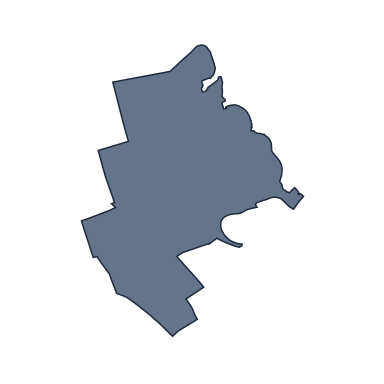 Comuna 13, Ciudad de Buenos Aires, Argentina, rotated 17°
{"feature_id": "61730980B46645672865610", "entity_name": "Comuna 13", "entity_type": "district", "adm_level": 2, "iso_a3": "ARG", "parent_name": "Argentina", "parent_adm1": "Ciudad de Buenos Aires", "projection": "mercator", "projection_center": [-58.447, -34.555], "detail": "fine", "context": "isolated", "style": "filled", "palette": "slate", "viewbox_px": 384, "rotation_deg": 17, "n_neighbors": 0, "source": "geoboundaries", "source_scale": "gbopen_adm2", "svg_char_len": 5962}
<svg xmlns="http://www.w3.org/2000/svg" viewBox="0 0 384 384"><g transform="rotate(17 192 192)"><path d="M84.1,110.1L88.2,116.7L100.0,136.1L102.3,139.9L107.0,147.5L109.0,150.8L112.4,156.1L113.6,157.9L114.3,159.1L114.8,159.7L116.2,161.8L116.3,162.1L115.6,162.8L111.7,165.3L93.8,177.3L90.2,179.7L97.3,191.0L101.0,196.8L105.1,203.1L110.2,210.1L113.2,214.1L121.1,224.8L118.4,226.7L121.7,228.4L123.4,229.3L119.0,233.2L118.6,233.6L106.0,243.5L103.0,245.8L98.7,249.1L94.7,251.9L97.1,255.5L107.0,269.6L116.8,283.6L119.8,281.5L125.3,285.8L129.7,289.1L136.5,294.3L137.2,294.8L140.6,299.5L148.2,309.2L149.6,311.0L150.1,311.0L160.0,311.7L169.7,314.9L188.0,322.0L194.0,324.9L195.7,325.6L199.5,327.3L215.5,335.7L218.3,331.0L219.7,328.7L234.3,312.2L230.4,308.4L226.5,303.5L222.7,300.1L217.5,296.1L224.0,288.1L227.0,284.5L231.0,279.6L224.9,275.5L221.7,273.5L218.9,271.7L218.1,271.3L206.1,264.1L204.7,263.2L198.0,259.1L196.3,258.0L201.3,252.2L208.7,246.9L218.8,239.6L223.1,236.5L223.5,236.9L225.8,233.6L228.5,230.1L229.2,229.0L231.9,229.5L235.9,230.1L240.6,230.7L245.3,231.0L249.0,231.2L251.5,231.1L253.3,231.0L255.2,229.1L255.5,228.8L255.1,227.2L254.8,227.3L254.4,227.4L253.8,227.5L253.3,227.5L252.9,227.6L252.6,227.7L252.2,227.7L251.8,227.8L251.5,227.8L251.0,227.8L250.7,227.9L250.3,227.9L249.9,227.9L249.5,227.9L249.3,227.9L248.9,227.9L248.5,227.9L248.2,227.9L247.9,227.9L247.5,227.9L247.1,227.8L246.5,227.8L246.2,227.7L245.7,227.7L245.4,227.7L243.9,227.4L242.5,227.1L241.4,226.7L240.4,226.3L239.6,225.9L238.6,225.4L237.2,224.7L236.3,224.1L235.3,223.4L234.5,222.7L233.4,221.6L232.7,221.0L232.0,220.3L231.3,219.6L230.5,218.5L230.1,217.7L229.8,217.0L229.4,215.9L229.0,214.7L228.8,213.9L228.6,213.3L228.5,212.9L228.3,212.1L228.3,211.8L228.5,210.9L228.8,209.5L229.2,208.4L229.6,207.5L230.2,206.6L231.2,205.5L232.2,204.5L233.4,203.5L234.8,202.6L236.0,201.9L237.6,201.1L239.0,200.4L241.0,199.7L242.5,199.2L243.7,198.6L244.5,198.0L245.2,197.5L246.2,196.6L247.1,195.6L247.9,194.7L248.5,194.1L249.8,192.9L250.8,192.1L252.0,191.4L253.0,190.7L253.6,190.4L254.2,190.0L258.7,187.5L256.4,185.7L256.5,184.2L257.4,182.9L266.1,176.9L268.1,175.1L268.8,174.6L271.7,173.1L273.1,172.7L276.8,172.2L278.4,172.3L279.4,172.6L280.9,173.3L282.2,173.9L288.8,177.4L289.4,177.7L294.1,178.8L296.8,170.6L299.9,163.6L297.6,162.4L295.8,162.0L295.1,163.2L294.7,163.1L294.1,162.9L294.1,162.5L294.2,162.2L294.3,161.6L294.3,161.4L294.0,161.1L292.0,159.6L289.9,158.2L289.2,158.1L288.9,157.9L288.6,158.2L288.5,158.5L287.6,159.9L287.4,160.3L287.2,160.4L285.6,164.4L283.9,163.9L282.3,164.3L281.3,163.2L279.7,163.3L277.3,161.7L275.8,158.6L272.8,156.5L272.7,153.0L272.7,151.8L272.8,150.2L272.7,149.3L272.5,148.3L272.4,147.5L272.2,146.9L272.1,146.3L271.7,144.6L271.0,142.9L270.6,141.8L270.0,140.9L269.6,140.0L269.2,139.5L267.6,137.8L266.6,136.7L265.9,136.2L264.6,135.2L263.3,134.3L261.4,133.1L260.0,132.3L259.2,131.8L258.4,131.2L257.5,130.6L256.6,129.7L256.1,129.0L255.8,128.4L255.6,127.9L255.4,127.2L255.1,126.2L254.8,125.4L254.4,124.4L254.1,123.4L253.6,122.5L253.1,121.6L252.7,121.1L250.5,118.9L249.3,118.1L248.2,117.5L247.1,117.1L246.1,116.7L245.2,116.5L244.8,116.3L244.3,115.8L244.1,115.6L243.7,115.8L243.4,116.2L243.1,116.2L242.0,116.0L240.8,116.1L239.4,116.2L238.2,116.6L237.5,116.9L236.7,116.8L236.3,116.6L236.0,116.5L235.2,116.5L234.4,116.3L233.7,115.7L233.3,115.5L232.9,115.5L232.5,115.6L232.5,115.8L232.3,116.1L230.7,116.1L230.4,116.0L230.2,115.7L230.3,115.3L230.4,113.7L230.5,113.1L230.4,112.4L229.9,112.3L229.6,112.3L229.6,111.6L229.7,111.1L229.7,110.7L229.7,110.0L229.3,109.4L228.7,108.9L228.4,108.6L228.0,108.1L227.7,106.8L227.5,106.3L227.2,106.0L226.7,106.0L226.4,105.5L226.1,104.7L225.7,104.0L225.2,103.3L224.7,102.8L224.1,102.3L222.9,101.0L222.3,100.4L221.5,99.6L220.9,99.2L219.4,98.5L219.0,98.1L217.8,97.5L217.0,97.2L216.5,97.1L215.4,96.8L214.8,96.7L214.0,96.6L213.0,96.4L212.2,96.2L211.6,96.1L210.8,96.0L210.1,96.0L209.2,96.0L208.3,96.0L207.4,96.2L207.0,96.4L206.4,96.6L205.7,96.9L204.8,97.3L203.8,97.7L203.4,97.9L202.9,98.1L202.3,98.5L201.4,99.0L200.8,99.6L200.3,100.0L199.7,100.6L199.5,100.9L199.6,101.4L200.1,101.5L200.6,101.5L200.7,101.8L200.6,102.0L199.9,102.5L199.3,102.7L198.8,103.0L198.3,103.3L197.8,103.3L197.7,103.1L197.5,102.7L197.4,102.2L197.1,101.8L196.9,101.5L196.5,101.1L196.2,100.7L195.9,100.1L195.7,99.7L195.3,99.0L195.1,98.7L194.9,98.3L194.7,97.8L194.9,97.2L195.2,97.0L195.7,96.6L196.3,96.2L196.9,95.7L197.2,95.0L197.2,94.8L196.9,94.3L196.7,94.0L196.4,93.9L192.4,91.8L192.4,91.0L192.4,90.0L192.2,89.0L191.7,87.0L191.4,85.9L190.8,84.9L190.5,84.0L190.0,83.3L189.7,81.6L189.5,81.0L189.5,80.2L189.4,79.3L189.2,78.4L188.9,77.9L188.6,77.3L187.8,76.4L187.6,75.8L186.9,74.5L186.4,73.8L186.0,73.5L185.1,73.5L184.3,73.9L183.9,74.3L183.8,74.8L183.8,75.3L184.0,75.6L184.2,76.2L183.9,76.7L183.7,77.4L183.5,78.0L182.9,78.7L182.7,79.1L182.1,80.1L181.5,81.1L181.1,81.6L180.2,82.5L179.5,83.6L179.0,84.4L178.5,84.8L178.2,85.2L177.8,85.9L177.3,86.3L176.9,87.2L176.6,87.9L176.3,88.3L176.5,88.8L176.8,89.2L176.7,89.9L176.3,90.2L175.8,91.0L175.4,91.8L174.9,92.1L174.1,92.7L173.2,93.1L171.5,92.2L171.5,91.8L171.2,91.1L171.1,90.8L170.9,90.0L170.7,89.6L170.9,89.2L171.2,88.7L171.3,88.0L171.3,86.8L171.1,86.3L170.9,86.0L170.4,85.6L170.2,85.5L169.8,85.2L169.5,84.6L169.3,84.0L169.2,83.2L169.4,82.6L169.8,82.3L170.0,82.0L170.6,81.6L170.9,81.2L171.3,80.8L171.8,80.6L172.2,80.4L172.7,80.1L172.9,79.7L173.3,79.3L174.0,78.9L174.3,78.4L174.9,78.1L175.4,77.9L176.0,77.9L176.4,77.7L176.7,77.4L176.7,77.0L176.8,76.3L176.9,75.9L177.2,75.4L177.9,74.7L178.3,73.9L178.3,72.9L178.3,72.2L178.4,71.3L178.4,70.3L178.3,69.3L178.3,68.1L178.2,67.5L178.2,67.1L177.9,66.5L175.3,62.3L169.3,53.9L169.0,53.2L168.4,52.7L167.7,52.2L166.3,51.1L165.2,50.3L164.3,49.6L163.8,49.3L162.6,48.7L161.5,48.4L160.9,48.3L159.8,48.4L159.1,48.5L158.3,48.8L157.3,49.0L156.7,49.4L155.6,50.2L154.9,50.6L154.4,50.9L152.8,53.3L152.2,54.7L150.2,58.7L145.0,67.1L135.9,82.9L135.6,83.2L84.1,110.1Z" fill="#64748b" stroke="#1e293b" stroke-width="1.5"/></g></svg>